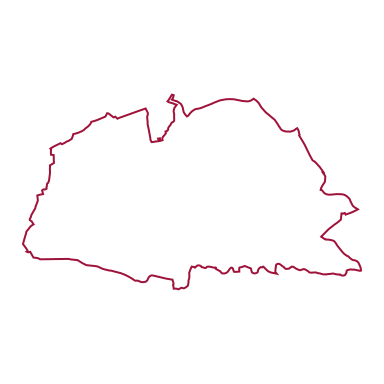 the district of Mihesu De Campie, Mures, Romania
{"feature_id": "2599482B65808745586436", "entity_name": "Mihesu De Campie", "entity_type": "district", "adm_level": 2, "iso_a3": "ROU", "parent_name": "Romania", "parent_adm1": "Mures", "projection": "robinson", "projection_center": [24.178, 46.679], "detail": "fine", "context": "isolated", "style": "outline", "palette": "rose", "viewbox_px": 384, "rotation_deg": 0, "n_neighbors": 0, "source": "geoboundaries", "source_scale": "gbopen_adm2", "svg_char_len": 5998}
<svg xmlns="http://www.w3.org/2000/svg" viewBox="0 0 384 384"><path d="M361.0,270.6L360.6,267.6L359.3,264.5L358.4,262.7L357.8,261.9L356.9,261.2L355.6,260.6L354.7,260.3L353.1,260.1L352.3,259.8L349.5,257.7L348.5,256.5L346.5,255.6L344.4,254.0L343.6,253.3L342.0,251.5L339.1,247.9L337.3,245.6L335.7,243.0L334.3,241.3L332.9,240.5L329.3,239.7L327.0,239.6L325.9,239.3L325.6,239.5L324.1,238.7L321.2,236.7L328.5,229.3L334.2,224.8L337.6,222.4L340.7,219.8L341.0,218.7L341.5,213.4L343.1,213.4L343.2,213.6L344.8,213.0L345.6,214.6L351.2,212.6L355.6,210.6L357.9,209.3L354.7,207.4L352.8,205.8L350.6,201.6L349.9,199.6L349.3,198.6L346.5,196.0L344.7,195.0L343.6,194.6L342.2,194.3L337.6,194.1L335.6,194.2L330.4,194.7L329.1,194.7L327.2,194.4L326.1,194.1L325.2,193.7L324.2,192.9L321.9,190.2L320.7,190.0L321.1,188.1L321.6,187.1L322.7,185.1L324.6,182.3L325.0,181.1L325.3,177.1L325.3,176.3L324.6,175.3L323.9,173.3L323.4,173.5L322.6,172.3L323.4,172.1L319.6,166.8L318.5,165.7L316.8,163.7L315.6,162.5L314.5,161.5L313.3,160.8L312.6,160.3L312.2,159.7L311.1,157.6L310.2,156.1L304.9,145.2L303.8,143.2L299.1,135.4L299.6,134.8L299.1,133.4L298.7,131.0L298.0,129.5L297.2,128.2L295.6,129.1L294.8,129.9L294.1,130.4L290.6,131.6L285.8,131.5L283.0,130.7L281.5,129.8L281.0,129.3L280.6,128.8L280.3,128.2L278.6,125.8L278.2,124.9L274.7,119.8L270.0,115.9L268.6,114.6L267.0,113.4L265.9,112.5L261.4,107.5L258.7,103.0L256.0,100.3L255.0,99.7L253.7,98.7L251.7,100.0L250.6,100.7L248.9,101.2L247.6,101.4L242.5,101.0L234.1,99.3L230.1,99.1L225.7,99.3L219.9,100.4L213.5,102.9L211.7,103.8L204.9,106.4L201.8,107.7L199.6,108.4L195.7,109.1L194.2,109.8L192.4,111.0L191.3,112.0L190.0,113.4L188.1,115.8L186.9,116.4L185.1,114.4L184.0,112.6L183.6,111.8L182.8,107.9L182.3,106.5L181.4,104.7L180.6,103.7L177.0,101.3L174.5,100.6L171.9,99.6L173.1,97.7L173.7,95.2L171.9,94.7L169.1,99.3L167.5,101.4L169.1,102.3L171.8,103.0L176.7,104.8L174.9,107.2L174.2,108.4L173.9,109.6L173.6,111.5L174.2,114.2L174.1,115.8L174.2,119.6L174.1,120.8L173.7,121.5L171.8,122.6L171.0,123.7L170.5,124.9L169.0,126.7L168.2,128.1L168.1,129.8L167.6,130.4L167.2,130.5L166.9,131.1L165.5,131.5L165.9,133.0L165.1,134.4L163.1,136.7L162.3,138.0L162.6,140.2L160.2,140.8L159.9,138.3L158.1,138.6L159.0,141.1L154.9,141.6L153.4,142.0L151.6,142.1L150.5,139.9L150.1,136.7L149.7,134.8L148.9,130.3L147.6,124.1L147.6,121.7L147.2,117.6L147.2,116.5L147.7,114.9L147.9,113.9L147.8,112.9L147.3,111.8L145.6,108.5L139.0,110.8L118.6,118.1L117.5,118.7L115.3,116.7L113.6,117.4L108.7,113.6L107.2,113.2L105.4,116.6L97.3,120.0L94.0,121.1L91.3,121.8L90.4,124.0L87.9,126.6L85.2,128.6L84.0,129.9L82.0,131.1L78.9,132.5L75.5,133.6L73.3,134.1L72.7,136.3L71.7,138.9L68.7,140.8L66.6,141.6L64.3,143.1L61.9,144.2L60.5,143.2L54.2,146.3L51.4,147.9L50.4,148.7L51.1,149.2L50.9,151.7L51.0,154.7L53.7,155.1L53.8,161.1L54.0,162.9L53.9,163.0L52.8,163.7L49.9,165.4L50.0,166.5L49.9,169.0L50.0,172.8L49.2,179.4L48.8,181.3L48.2,182.8L47.5,183.1L47.2,183.8L46.9,184.8L46.8,186.5L46.6,186.7L46.6,187.0L46.4,187.3L46.6,188.7L45.9,189.2L44.8,189.5L43.7,189.4L43.2,189.5L42.1,190.4L43.1,194.1L39.9,194.7L37.3,195.5L37.8,199.9L37.7,201.1L35.6,206.5L35.4,207.6L35.2,208.3L31.4,215.0L30.7,217.4L29.9,218.9L29.7,219.8L29.8,220.0L30.3,220.5L31.8,221.5L32.5,222.8L33.6,224.3L31.4,225.7L30.6,226.4L29.3,228.0L27.7,230.0L26.4,231.5L26.1,233.2L24.0,240.3L23.0,244.1L23.3,244.5L26.0,248.1L27.2,250.0L27.7,251.2L26.8,251.7L28.3,252.3L30.2,251.8L33.4,257.5L33.8,257.7L35.3,257.7L38.0,258.2L40.2,259.3L68.4,258.9L70.7,259.4L77.5,260.1L82.3,263.1L85.9,264.9L86.8,265.2L94.6,266.0L96.7,266.3L98.1,266.7L101.9,268.5L103.5,269.1L109.1,270.5L110.5,270.5L120.9,273.2L125.2,274.9L129.3,277.0L131.8,278.5L135.1,280.7L137.5,280.6L138.4,280.9L141.0,282.0L141.7,282.1L143.5,282.1L145.0,281.9L146.1,281.5L146.5,281.1L147.4,280.1L148.8,277.2L149.3,276.7L150.2,275.9L151.0,275.6L151.7,275.4L153.0,275.5L166.1,278.6L172.5,279.7L173.4,282.9L173.6,284.0L173.3,284.7L173.3,285.3L173.1,285.3L173.7,288.0L173.7,288.7L175.4,288.6L176.5,288.7L178.3,289.3L179.5,288.9L180.4,288.2L181.3,287.9L181.9,287.8L183.4,288.3L183.9,288.3L185.6,287.5L187.3,286.2L187.7,285.8L188.1,284.7L188.5,282.3L188.5,280.7L189.1,278.5L189.3,277.5L189.4,276.1L189.2,273.1L189.3,272.6L190.5,269.2L190.9,268.4L191.7,266.6L194.4,267.1L194.3,267.3L195.1,267.6L196.1,266.5L197.3,265.6L198.0,265.4L199.2,265.4L200.5,265.8L201.2,266.3L201.4,266.9L201.6,267.1L202.2,267.3L203.2,267.4L204.5,267.9L205.5,268.0L206.0,267.8L206.5,267.2L207.2,266.7L208.5,266.6L209.8,266.7L213.2,267.5L214.9,267.7L215.1,267.5L215.9,267.7L216.0,267.9L215.7,268.7L215.9,268.9L220.4,271.4L221.1,272.5L222.1,273.3L222.9,273.5L224.9,273.4L226.4,272.8L227.5,272.0L228.1,271.3L229.9,268.7L230.7,267.9L231.1,267.7L231.5,267.6L231.9,267.7L232.3,267.9L232.8,268.5L233.9,271.7L235.6,271.9L239.3,271.6L239.2,268.1L239.4,267.8L239.7,267.5L240.0,267.4L242.5,266.9L244.5,266.0L244.9,266.0L248.6,267.6L250.7,268.3L251.0,268.7L251.7,271.8L252.1,272.4L253.3,273.2L254.3,273.4L255.5,273.3L256.6,272.9L257.5,272.4L257.9,271.3L258.1,270.0L259.1,268.4L260.5,267.2L262.4,267.3L262.9,266.7L263.4,266.7L266.3,269.6L268.0,271.2L268.6,271.5L270.9,272.5L276.7,273.7L275.3,272.0L275.7,267.5L276.0,265.5L276.2,264.8L276.7,264.3L277.6,263.9L278.8,263.8L279.8,264.2L280.8,264.8L282.4,266.2L283.5,266.8L284.6,268.0L285.7,268.9L288.1,268.8L289.4,268.4L290.3,267.5L290.7,267.5L290.9,267.3L291.8,266.6L292.6,266.8L293.0,266.7L293.9,267.2L296.7,269.0L299.5,270.1L300.6,270.1L303.4,269.1L304.7,269.2L308.1,271.2L309.0,272.1L309.9,272.5L310.6,272.7L315.8,272.4L316.5,272.7L317.4,272.9L318.0,273.2L318.6,273.3L319.6,273.3L321.3,273.9L323.4,274.4L325.5,274.3L326.0,274.5L326.3,274.3L332.0,273.7L332.5,273.5L333.9,273.7L336.0,274.3L337.0,274.3L337.4,274.5L339.0,274.4L339.6,274.8L339.9,274.6L340.4,274.6L341.4,275.3L342.2,275.6L343.0,275.6L344.5,275.3L345.2,274.9L345.4,274.5L345.7,273.8L345.9,273.7L345.9,273.4L346.5,272.6L346.6,270.8L347.0,270.4L347.6,270.1L348.3,270.0L350.3,269.4L353.3,269.7L353.9,269.5L359.8,270.8L361.0,270.6Z" fill="none" stroke="#9f1239" stroke-width="2"/></svg>